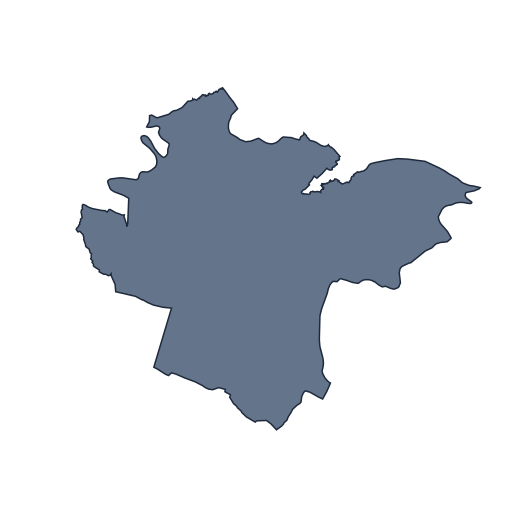 Mueang Saraburi, Saraburi, Thailand, rotated 293°
{"feature_id": "78962969B17861572852327", "entity_name": "Mueang Saraburi", "entity_type": "district", "adm_level": 2, "iso_a3": "THA", "parent_name": "Thailand", "parent_adm1": "Saraburi", "projection": "robinson", "projection_center": [100.948, 14.498], "detail": "fine", "context": "isolated", "style": "filled", "palette": "slate", "viewbox_px": 512, "rotation_deg": 293, "n_neighbors": 0, "source": "geoboundaries", "source_scale": "gbopen_adm2", "svg_char_len": 6134}
<svg xmlns="http://www.w3.org/2000/svg" viewBox="0 0 512 512"><g transform="rotate(293 256 256)"><path d="M188.8,104.9L187.6,107.7L186.1,107.5L185.2,109.5L183.4,110.2L182.9,111.4L182.0,117.1L181.4,117.6L180.2,117.8L179.7,122.7L180.5,125.1L180.2,127.8L181.0,128.9L183.0,129.6L181.4,130.3L174.8,137.4L168.3,140.8L171.8,160.9L171.1,168.5L171.5,168.8L170.8,174.4L170.8,180.9L172.5,190.6L175.0,198.6L113.7,205.4L113.4,209.4L111.8,218.8L111.8,222.2L115.4,223.9L116.0,228.3L115.9,238.5L116.4,249.2L115.8,257.3L115.1,260.6L114.9,264.2L116.0,268.4L120.3,273.1L121.2,279.9L118.9,280.4L118.3,286.7L115.7,287.0L111.2,293.3L110.4,296.4L109.0,298.4L107.6,302.6L106.3,304.3L104.1,310.1L102.8,320.2L104.5,321.0L108.7,329.9L107.3,335.4L104.0,342.8L109.6,346.1L111.9,346.9L113.5,347.0L116.9,348.6L120.6,348.5L125.6,349.4L129.1,349.6L134.6,352.0L137.1,353.8L139.0,354.5L144.6,353.0L148.0,353.1L150.4,353.6L151.2,354.5L151.7,358.7L150.6,368.6L150.4,373.2L159.0,374.1L167.5,374.2L168.2,374.1L168.2,372.9L169.1,370.3L170.8,367.0L174.0,363.1L175.9,361.8L181.2,360.8L183.8,359.9L186.1,358.7L188.4,357.3L197.6,350.2L203.1,347.3L206.2,346.0L225.2,338.5L227.0,338.0L233.5,337.0L249.2,336.2L254.0,335.4L258.0,335.3L261.0,336.0L262.7,336.8L264.1,340.7L267.8,342.2L268.2,343.1L269.0,349.0L269.4,355.3L270.6,360.3L271.1,361.0L274.1,362.7L275.6,364.1L276.8,365.7L278.3,369.2L278.8,372.5L278.4,374.4L278.8,375.0L277.3,380.3L276.9,384.3L278.8,387.2L278.8,392.3L279.2,395.4L280.1,396.9L282.3,399.0L283.7,399.6L285.8,399.4L287.6,399.5L296.6,394.4L300.5,393.6L302.8,394.2L304.1,395.0L309.1,399.5L310.4,401.2L326.8,409.9L332.2,414.7L337.3,416.8L340.4,420.3L343.8,426.4L348.4,428.7L349.2,428.2L353.4,422.6L357.4,414.3L358.8,412.1L361.2,409.8L363.4,408.5L371.4,409.0L374.0,409.9L375.9,411.1L377.8,413.3L379.3,415.8L383.1,419.5L385.1,422.9L386.4,426.4L387.2,430.3L388.2,433.1L388.6,433.5L389.5,433.8L390.1,433.0L391.3,427.8L392.5,425.6L393.7,424.7L395.9,424.4L396.6,424.7L401.4,431.6L405.1,435.2L406.6,435.7L405.5,429.3L404.3,424.8L404.0,418.3L404.4,416.3L405.9,411.7L406.9,402.2L408.1,396.1L408.7,389.9L409.2,374.6L404.4,357.6L401.0,348.4L394.5,337.9L388.6,329.2L385.9,325.7L384.3,324.6L379.0,323.6L378.3,322.9L377.1,322.5L375.8,321.3L375.4,320.4L373.6,318.4L373.5,317.7L373.0,317.3L373.1,316.5L369.6,314.5L369.2,314.0L368.0,314.7L367.2,313.7L366.4,313.2L365.2,313.1L363.5,313.5L362.3,313.4L361.3,312.8L359.9,312.9L359.5,312.1L359.7,311.1L358.6,309.8L356.7,308.3L355.9,306.7L356.5,305.5L356.3,304.8L356.7,304.2L356.8,302.4L357.2,302.3L357.7,302.7L358.1,300.2L357.8,298.5L356.3,298.5L355.8,297.7L355.0,297.6L354.5,296.8L354.6,296.2L354.1,295.9L354.9,294.8L354.2,294.4L353.8,294.9L353.0,294.9L352.9,294.5L351.4,293.7L351.1,293.1L350.5,293.2L350.4,292.4L349.6,291.7L349.6,291.1L349.1,290.9L349.0,290.2L348.4,290.0L348.8,289.5L348.3,288.3L347.7,288.4L347.7,289.1L346.6,288.5L346.7,289.2L346.5,289.5L345.6,289.5L345.4,290.8L345.0,291.2L345.5,291.4L345.1,291.8L344.4,291.2L343.7,291.8L343.3,290.8L341.9,290.2L341.1,290.1L340.0,290.6L340.3,289.9L339.7,289.2L339.3,287.0L338.3,285.9L337.8,284.2L337.8,283.0L337.3,282.7L336.5,281.4L335.5,280.9L334.6,281.5L333.2,280.3L332.8,278.1L332.4,277.7L332.3,276.6L331.8,276.1L332.0,275.2L331.5,274.8L332.0,273.1L332.6,272.8L335.0,273.6L336.6,275.1L342.3,277.4L342.6,276.5L343.9,276.5L348.0,277.7L352.2,278.3L351.4,281.7L357.9,284.7L364.5,287.0L363.9,288.5L364.0,290.7L365.0,292.3L365.8,292.4L366.4,291.8L367.4,291.7L368.9,293.5L369.9,293.5L372.0,295.0L372.6,294.8L372.7,294.2L373.0,294.1L373.5,292.8L374.5,292.5L374.9,292.7L375.0,293.4L375.6,293.4L376.1,294.3L377.0,295.0L377.4,295.1L379.6,293.8L380.4,294.4L384.4,286.4L385.6,282.7L385.4,281.4L386.7,279.1L385.8,279.0L383.8,276.7L383.5,275.7L383.2,272.4L384.2,266.5L384.0,263.3L383.5,261.3L383.7,260.0L384.9,258.0L385.0,256.9L386.6,255.3L388.0,252.0L386.3,252.5L383.1,250.6L379.9,250.7L379.1,246.3L378.9,242.6L376.3,234.8L375.2,233.7L370.3,231.6L367.9,230.0L365.7,227.3L364.8,225.3L364.1,221.5L364.4,217.9L365.3,213.1L365.2,212.1L359.4,206.0L358.2,203.5L357.6,202.9L357.2,201.9L356.9,195.7L357.7,192.9L358.7,184.6L360.3,182.6L362.2,181.1L363.9,180.2L367.4,178.9L369.1,178.6L373.4,178.7L375.7,178.2L384.4,181.5L388.8,175.3L391.8,169.7L395.7,163.4L397.8,159.5L397.7,159.2L396.5,159.8L396.2,159.5L396.2,157.8L395.7,157.8L394.7,156.8L391.9,156.6L391.7,156.0L392.1,154.9L391.0,154.5L390.0,153.1L388.7,153.1L387.2,151.1L387.1,150.6L387.6,149.7L387.3,149.2L386.4,148.9L385.4,149.3L385.2,148.8L384.6,148.6L384.6,148.0L383.9,147.8L383.4,147.2L384.4,146.5L384.3,146.2L383.8,146.1L383.9,144.5L383.7,144.0L382.9,143.4L382.0,143.4L381.8,143.1L380.3,142.3L379.0,142.4L379.0,141.6L376.1,140.3L376.4,138.2L376.1,137.5L375.3,137.2L375.7,136.5L375.0,136.8L373.3,135.5L371.8,132.8L363.8,130.0L359.3,126.2L357.4,123.4L355.7,122.1L352.5,120.5L344.7,111.2L344.5,109.6L345.0,104.9L343.6,103.2L337.9,105.4L332.1,104.9L332.4,106.7L333.6,109.2L336.8,113.5L337.2,115.3L336.8,116.9L335.6,117.7L331.9,117.9L329.8,119.6L328.0,122.3L327.2,124.3L325.8,131.1L325.3,132.2L323.8,132.8L320.1,133.1L315.7,134.7L313.4,134.3L311.3,133.2L310.7,132.3L310.7,130.9L312.2,126.4L314.0,123.1L315.5,120.5L320.8,114.0L322.8,110.5L323.3,108.8L323.3,106.7L323.0,105.8L321.8,104.2L320.5,103.8L319.4,104.1L317.8,105.4L316.1,107.5L313.5,116.3L310.6,122.1L309.3,124.1L307.9,125.5L304.8,127.6L301.7,128.7L298.7,128.6L294.4,126.3L291.6,124.1L290.6,122.6L289.4,119.0L288.1,117.4L285.8,116.7L281.5,117.4L279.8,116.4L279.3,115.8L276.0,103.2L274.7,100.0L270.2,92.2L269.1,91.1L267.5,90.3L266.8,90.3L265.6,91.0L261.3,95.1L260.3,96.8L259.7,100.5L260.1,110.5L259.4,116.3L235.6,125.3L232.4,125.6L234.7,124.5L240.8,119.0L242.4,118.7L241.4,116.8L241.3,112.0L241.0,110.8L241.8,103.5L241.3,102.6L238.3,101.8L238.8,99.4L237.7,96.3L235.7,86.8L235.5,82.9L236.1,79.1L235.9,76.6L235.0,76.3L232.7,77.1L231.2,78.1L230.3,77.4L228.1,77.8L223.4,81.0L221.3,80.1L219.5,80.9L218.1,80.6L216.1,81.4L215.1,80.8L213.5,81.0L211.5,80.1L210.2,80.1L208.6,82.6L208.7,83.0L209.7,83.9L209.8,84.5L208.0,88.5L205.3,90.6L203.8,91.0L200.6,94.0L198.1,95.8L197.2,99.6L194.1,102.2L193.8,103.7L191.9,104.1L189.9,105.1L188.8,104.9Z" fill="#64748b" stroke="#1e293b" stroke-width="1.5"/></g></svg>